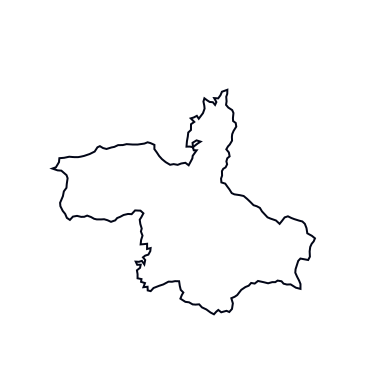 the district of Capivari, São Paulo, Brazil, rotated 113°
{"feature_id": "56859067B25592113050406", "entity_name": "Capivari", "entity_type": "district", "adm_level": 2, "iso_a3": "BRA", "parent_name": "Brazil", "parent_adm1": "São Paulo", "projection": "mercator", "projection_center": [-47.486, -22.987], "detail": "fine", "context": "isolated", "style": "outline", "palette": "ink", "viewbox_px": 384, "rotation_deg": 113, "n_neighbors": 0, "source": "geoboundaries", "source_scale": "gbopen_adm2", "svg_char_len": 3346}
<svg xmlns="http://www.w3.org/2000/svg" viewBox="0 0 384 384"><g transform="rotate(113 192 192)"><path d="M287.9,110.8L284.0,109.5L278.5,110.9L274.4,114.3L271.8,111.8L269.2,110.1L266.1,109.3L262.8,108.4L258.6,105.7L256.1,103.2L252.6,102.0L251.8,98.5L248.1,96.5L247.0,90.7L246.3,86.3L243.6,82.9L242.4,80.1L240.1,78.6L239.2,74.7L240.6,71.9L240.1,68.5L238.5,65.1L239.5,59.0L238.8,54.3L234.3,56.2L231.7,58.8L228.8,62.3L225.9,65.4L222.6,66.5L213.9,67.3L210.9,66.2L209.2,58.5L205.5,58.2L200.7,60.5L196.4,61.7L192.9,61.6L189.9,60.7L186.6,60.7L185.5,64.5L185.0,69.7L180.5,72.5L177.2,75.7L176.0,78.9L176.5,82.2L177.0,87.4L177.1,90.4L176.9,94.2L179.2,96.8L183.2,97.8L187.1,98.9L185.4,103.6L185.8,109.5L185.8,112.6L182.5,120.0L180.1,123.3L179.8,126.8L180.1,130.2L178.5,134.1L176.8,138.6L175.5,142.9L176.2,146.7L177.6,152.1L177.5,155.0L174.9,158.7L173.4,161.3L171.3,164.7L171.7,168.7L168.3,170.5L165.2,170.7L161.1,172.6L158.4,172.3L156.2,170.7L152.8,170.5L150.4,172.3L147.2,172.7L144.5,171.3L141.2,173.5L139.3,177.1L136.0,176.7L133.5,175.8L129.1,175.2L125.7,176.8L123.0,177.6L119.5,177.6L114.5,176.8L111.4,178.7L110.6,181.9L108.0,183.2L103.1,184.7L100.9,187.0L100.1,191.6L98.5,194.7L95.0,195.6L91.0,197.7L87.9,197.9L84.1,199.4L88.0,203.6L91.9,203.6L95.6,204.5L96.9,208.3L99.7,204.7L102.8,204.8L101.2,207.9L102.2,210.9L101.7,213.9L100.9,217.2L104.3,216.8L107.6,214.5L110.3,213.0L115.1,212.7L121.9,214.4L120.0,217.3L122.8,219.6L124.7,221.9L126.6,217.3L130.0,219.4L135.3,217.2L138.7,218.7L142.7,217.5L147.2,216.5L152.4,214.8L151.0,211.6L150.4,208.6L152.9,206.7L151.8,204.0L158.4,205.5L160.9,204.8L164.6,205.1L168.7,205.5L167.7,209.5L170.0,213.1L172.6,215.8L173.5,219.8L175.5,222.8L174.8,227.9L173.5,232.4L171.7,236.3L169.3,239.9L167.2,243.4L163.3,245.0L163.2,249.4L163.6,252.3L166.0,254.7L169.5,260.5L171.6,265.5L173.5,270.9L175.8,274.0L177.8,278.4L180.8,281.1L182.5,283.6L185.8,287.5L186.3,291.1L185.8,294.7L187.8,296.5L192.8,297.4L197.0,301.0L201.0,305.5L202.8,308.0L204.5,310.6L206.2,314.8L207.5,318.8L210.5,323.1L212.7,327.3L216.5,326.1L222.4,326.9L225.0,329.7L224.6,324.2L223.4,320.6L225.5,314.1L227.9,311.9L233.6,310.4L237.2,309.2L241.5,310.2L246.3,309.2L250.8,309.2L253.5,309.2L256.5,307.6L259.9,303.6L261.7,300.2L264.7,297.1L265.4,293.5L261.2,292.0L258.9,288.5L258.2,284.3L256.9,281.5L254.7,279.3L254.5,275.1L254.9,271.6L254.4,268.8L253.0,265.5L251.4,262.2L251.0,258.8L251.1,254.9L248.1,251.6L245.2,250.7L242.9,248.4L239.9,246.0L237.2,242.3L236.0,238.9L231.2,237.2L229.3,232.1L230.6,228.4L235.0,228.8L237.9,229.3L241.6,227.1L245.3,224.0L248.3,223.6L251.5,220.5L256.0,220.1L260.3,218.8L259.0,216.3L257.2,213.1L262.0,211.1L259.8,208.2L262.7,207.3L266.7,207.7L268.8,210.2L271.3,211.6L272.9,208.5L277.3,207.6L275.0,211.2L277.0,213.6L278.1,216.6L280.4,214.0L279.0,210.8L282.1,210.2L285.6,212.1L288.9,210.0L292.7,208.4L291.9,204.5L294.6,203.8L294.2,199.7L298.6,199.5L296.6,195.9L299.9,194.3L299.4,191.3L295.4,189.9L291.1,185.5L288.3,182.3L283.7,178.6L282.4,175.3L280.7,172.8L279.2,169.0L283.3,166.5L286.5,164.1L287.9,160.7L290.8,161.1L294.7,161.0L295.7,155.2L294.7,151.6L295.2,147.5L294.3,144.8L292.6,141.5L294.3,137.8L294.5,132.9L295.7,127.8L296.0,124.0L292.7,122.9L290.3,121.7L291.3,118.1L287.9,113.8L287.9,110.8ZM150.4,208.6L146.5,210.7L142.7,208.0L142.3,203.8L145.4,205.9L148.1,207.4L150.4,208.6Z" fill="none" stroke="#020617" stroke-width="2"/></g></svg>